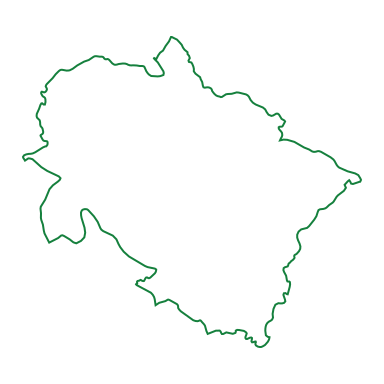 map outline of Uttarakhand (Mercator projection)
{"feature_id": "IND-3254", "entity_name": "Uttarakhand", "entity_type": "State", "adm_level": 1, "iso_a3": "IND", "parent_name": "India", "parent_adm1": "", "projection": "mercator", "projection_center": [79.21, 30.097], "detail": "fine", "context": "isolated", "style": "outline", "palette": "green", "viewbox_px": 384, "rotation_deg": 0, "n_neighbors": 0, "source": "natural_earth", "source_scale": "10m", "svg_char_len": 5597}
<svg xmlns="http://www.w3.org/2000/svg" viewBox="0 0 384 384"><path d="M283.6,139.6L287.2,139.8L294.4,141.9L304.1,147.5L309.1,149.5L312.3,151.5L314.0,151.9L315.9,151.7L317.4,151.2L318.9,151.1L321.0,151.8L330.6,157.3L333.4,159.5L334.6,161.1L336.6,164.8L337.8,166.4L339.2,167.6L347.6,171.3L355.1,173.4L358.3,175.1L360.3,178.3L361.0,179.9L360.2,181.7L359.5,181.8L352.9,184.0L351.1,183.6L350.2,181.6L349.2,180.2L347.7,181.4L345.9,183.4L344.6,184.8L345.9,187.8L343.9,190.8L338.0,195.3L336.6,196.8L333.7,201.5L332.7,202.6L329.2,205.0L326.6,207.5L325.4,208.3L323.5,208.9L320.0,209.3L318.5,210.1L317.7,212.1L316.4,216.2L314.2,219.7L309.1,226.1L307.1,227.9L301.2,229.4L298.6,231.6L297.2,234.7L297.2,237.6L298.1,240.4L299.5,243.4L300.4,246.4L300.2,248.9L299.0,251.2L296.8,253.7L296.3,254.1L295.0,254.8L294.5,255.2L294.2,256.0L294.3,256.7L294.5,257.3L294.5,257.9L293.8,258.9L293.0,259.8L291.0,261.3L290.1,262.5L289.2,263.1L288.5,263.9L288.2,265.3L287.7,266.4L284.8,267.3L283.7,268.1L283.4,270.1L284.1,272.0L286.1,275.7L286.9,280.2L287.4,281.4L288.2,281.6L289.2,281.5L289.9,282.1L290.1,284.3L289.7,286.9L287.7,294.3L286.8,294.1L285.5,293.1L283.9,293.3L283.4,294.9L285.0,299.6L285.3,301.4L284.0,302.9L282.1,303.4L280.1,303.4L278.4,303.2L275.4,304.7L273.5,308.9L272.6,313.9L273.0,317.6L272.1,319.6L270.7,320.7L269.1,321.5L267.5,322.8L266.3,324.6L265.7,326.5L265.4,328.5L265.3,330.8L265.9,335.3L267.7,336.8L269.5,337.2L269.2,338.9L268.7,340.2L267.8,341.8L265.1,344.9L263.7,345.8L262.4,346.5L261.1,347.0L259.6,347.0L257.8,346.6L255.9,345.4L255.4,344.2L255.5,343.0L255.9,342.1L255.6,341.5L254.4,341.7L253.2,342.2L252.1,342.3L251.5,341.5L251.6,340.3L252.0,338.9L251.9,337.9L251.2,337.5L249.9,337.7L247.1,339.0L246.0,338.9L245.4,337.9L245.5,336.8L246.4,334.5L246.7,333.3L245.8,332.1L243.9,330.9L239.1,330.0L237.1,329.9L235.8,330.6L235.8,331.3L235.7,332.1L235.4,332.9L232.8,333.8L226.3,332.4L224.2,333.5L223.1,334.0L221.9,334.0L221.1,332.8L220.6,331.5L219.7,330.6L215.8,330.7L207.7,333.9L206.4,330.9L205.0,325.8L204.4,324.8L203.5,323.7L202.0,322.1L201.3,321.2L200.5,320.4L199.6,320.4L198.7,320.9L197.5,321.2L195.5,321.0L193.2,320.2L180.8,311.3L179.3,309.7L178.3,308.3L178.1,307.2L178.1,306.1L177.7,305.0L176.9,304.1L169.5,300.0L168.3,299.6L167.7,299.7L165.4,301.1L159.2,302.8L155.6,305.2L154.7,299.2L154.1,297.1L152.8,294.8L151.0,292.8L136.7,285.1L136.0,284.3L136.1,284.1L137.2,283.5L137.2,282.8L137.0,282.1L137.1,281.5L137.6,281.0L139.4,280.6L140.1,280.1L140.6,279.9L141.2,280.2L142.1,280.8L143.2,281.1L144.1,280.9L145.3,278.5L146.0,277.6L146.9,277.4L147.5,277.6L148.2,278.1L149.1,278.2L150.3,277.6L154.9,273.3L155.7,272.0L156.1,270.6L156.2,269.5L154.9,268.6L147.6,267.1L145.0,266.0L129.0,256.5L123.7,251.7L120.2,247.1L118.5,244.0L116.4,239.3L112.8,235.6L103.2,231.1L101.3,229.6L100.4,228.2L97.7,221.9L93.9,216.3L88.2,210.1L87.2,209.4L86.3,209.2L84.8,209.1L83.2,209.5L82.2,210.1L81.5,211.1L81.0,212.6L81.1,215.5L81.6,218.1L84.5,227.6L85.2,232.7L84.3,237.4L81.0,240.9L76.3,243.3L74.1,242.6L73.2,242.2L69.7,239.4L64.1,236.0L62.5,235.3L61.2,235.5L58.2,238.0L49.2,242.6L44.5,233.4L43.8,230.5L42.9,224.6L41.3,220.0L40.9,218.0L41.0,213.2L40.5,208.7L40.8,206.7L45.2,199.6L49.5,189.2L52.9,185.3L58.0,181.5L59.9,179.7L60.5,178.2L58.8,176.4L47.2,170.9L41.3,167.1L32.5,159.2L30.0,158.5L28.3,158.4L25.0,160.6L24.6,159.9L23.3,157.9L23.0,156.9L24.1,155.3L26.2,154.4L28.7,153.9L30.8,153.8L32.8,153.4L35.2,152.3L43.0,147.4L45.3,146.4L46.3,146.3L47.4,144.8L47.6,143.6L47.6,142.6L47.5,141.9L47.0,141.3L46.0,141.1L44.6,141.0L43.5,140.6L42.7,139.7L40.5,135.7L40.7,135.1L42.5,133.9L43.1,132.9L43.2,131.8L42.6,128.9L42.2,128.0L40.6,126.1L40.2,124.6L40.1,122.2L39.7,120.3L37.0,117.6L36.6,116.0L36.8,113.9L39.1,108.8L40.4,105.0L41.4,103.4L42.2,103.3L43.1,104.1L43.6,104.5L44.9,104.5L45.5,102.0L45.4,99.2L45.0,98.0L44.3,97.2L43.3,96.7L42.4,95.8L41.2,93.6L41.2,92.3L41.8,91.7L42.7,91.9L43.7,92.3L44.5,92.3L45.4,91.9L46.3,90.9L46.9,89.6L46.8,88.5L45.7,86.4L46.0,85.3L46.7,84.2L52.6,78.2L55.7,74.2L58.8,71.1L60.0,70.2L61.1,69.8L62.2,69.8L66.6,70.6L68.5,70.5L69.7,70.3L72.7,68.8L77.3,65.4L84.1,61.6L88.8,60.0L93.7,56.7L95.0,56.2L96.5,56.2L100.0,56.7L102.0,56.7L103.0,57.0L103.7,57.6L104.2,58.5L105.2,59.2L106.2,59.3L107.5,59.0L108.4,59.3L109.3,60.0L112.3,63.4L114.0,64.5L115.0,64.8L116.8,64.6L118.8,64.0L122.9,63.5L125.2,63.6L126.9,64.1L128.0,64.7L129.8,65.3L131.3,65.4L133.3,65.3L136.8,65.5L139.8,66.0L142.3,66.0L143.7,66.3L144.5,67.1L146.3,71.2L147.7,73.2L148.9,74.5L151.2,76.0L157.5,76.4L158.8,76.3L160.3,76.1L163.4,75.0L163.8,73.1L163.4,71.3L160.5,66.7L157.8,62.4L154.7,59.3L154.0,58.4L153.5,57.7L156.3,59.1L158.2,55.4L160.1,52.7L163.0,50.6L165.6,46.0L169.0,41.4L171.0,37.0L171.7,37.0L177.0,39.6L179.6,42.4L181.7,44.8L183.0,47.6L184.5,49.7L187.5,52.2L187.6,54.2L189.0,55.7L189.8,58.1L188.5,60.6L188.9,61.9L191.4,62.5L192.4,64.2L193.4,66.7L193.9,69.0L193.8,71.3L195.5,73.7L200.1,77.2L200.7,79.2L201.7,81.1L202.2,82.1L202.9,85.8L203.5,87.3L204.8,87.7L206.4,87.4L207.9,87.3L209.4,87.6L210.9,88.4L211.3,88.9L211.7,89.4L211.9,90.0L212.0,90.7L213.0,92.2L214.4,93.9L216.1,95.4L217.5,96.1L219.7,96.6L220.8,97.1L222.0,96.9L226.0,94.3L227.8,94.0L231.7,93.8L236.7,92.4L238.8,92.6L246.0,94.4L247.6,95.3L248.9,96.7L250.6,100.0L252.8,102.6L254.0,103.4L254.4,103.7L255.9,104.6L262.9,107.5L265.2,109.4L266.7,112.2L268.5,114.7L271.4,115.9L273.1,115.5L276.2,113.7L277.8,113.7L279.0,114.6L281.6,118.9L284.4,120.5L285.1,121.5L282.7,126.0L282.0,126.6L281.2,126.7L280.2,126.7L279.3,126.8L278.7,127.3L278.8,128.7L279.8,130.1L281.1,131.5L282.0,132.9L282.3,135.1L281.8,136.8L280.9,138.4L280.0,140.4L283.6,139.6Z" fill="none" stroke="#15803d" stroke-width="2"/></svg>